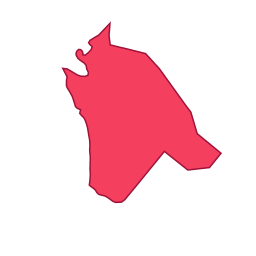 Porto do Mangue, Rio Grande do Norte, Brazil (Albers equal-area conic projection), rotated 219°
{"feature_id": "56859067B16993578241880", "entity_name": "Porto do Mangue", "entity_type": "district", "adm_level": 2, "iso_a3": "BRA", "parent_name": "Brazil", "parent_adm1": "Rio Grande do Norte", "projection": "albers", "projection_center": [-36.799, -5.074], "detail": "fine", "context": "isolated", "style": "filled", "palette": "rose", "viewbox_px": 256, "rotation_deg": 219, "n_neighbors": 0, "source": "geoboundaries", "source_scale": "gbopen_adm2", "svg_char_len": 1370}
<svg xmlns="http://www.w3.org/2000/svg" viewBox="0 0 256 256"><g transform="rotate(219 128 128)"><path d="M85.4,70.1L85.2,88.2L85.0,132.7L55.1,133.0L46.8,141.4L39.8,148.5L39.8,154.9L39.8,166.9L70.6,167.1L89.2,179.9L97.4,181.9L140.9,193.8L161.2,196.9L169.8,192.9L181.6,187.4L184.1,186.1L194.2,181.4L200.5,187.5L202.0,189.4L203.7,192.0L207.9,198.0L209.2,181.9L211.3,176.2L212.7,172.2L212.3,169.5L210.0,168.8L207.2,168.8L206.0,165.8L206.2,161.9L207.0,157.9L208.7,156.5L211.7,158.9L214.1,159.1L215.8,158.0L216.1,156.0L215.6,153.7L214.0,151.9L210.7,150.6L207.7,150.5L203.0,150.9L200.1,150.4L197.1,147.8L193.8,146.3L192.3,143.8L193.9,141.1L197.2,138.6L201.0,137.3L212.3,135.7L216.2,133.3L207.4,129.4L206.0,126.6L204.0,124.0L202.5,122.2L200.8,121.1L198.8,120.4L196.1,119.5L193.5,118.4L191.5,117.6L189.4,116.4L187.4,115.0L184.7,113.3L182.3,111.6L179.6,111.4L176.4,112.4L174.7,109.0L171.6,108.4L168.8,108.2L166.9,107.4L165.0,106.4L162.8,105.0L161.2,103.9L159.2,102.4L156.6,100.1L154.4,98.1L152.3,96.3L150.6,94.8L148.9,93.1L147.4,91.4L145.8,89.4L144.1,87.0L142.2,84.9L139.5,82.2L137.5,79.8L135.6,77.2L133.7,74.9L132.1,72.6L130.0,70.4L128.0,68.1L125.7,64.9L123.9,62.2L122.1,59.2L119.7,59.2L117.0,59.4L114.0,59.2L111.8,58.3L109.1,58.0L106.6,59.0L103.6,60.5L100.9,61.1L98.1,61.3L93.5,61.5L90.8,62.4L86.4,66.3L85.4,70.1Z" fill="#f43f5e" stroke="#9f1239" stroke-width="1.5"/></g></svg>